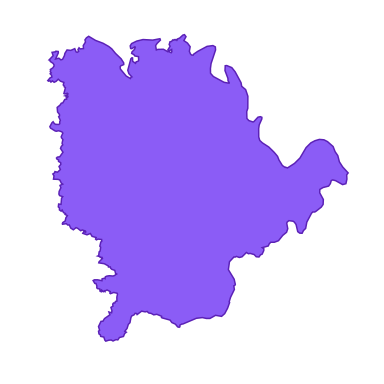 the district of Kishoreganj, Dhaka, Bangladesh, rotated 275°
{"feature_id": "16705992B82604838368079", "entity_name": "Kishoreganj", "entity_type": "district", "adm_level": 2, "iso_a3": "BGD", "parent_name": "Bangladesh", "parent_adm1": "Dhaka", "projection": "mercator", "projection_center": [90.932, 24.337], "detail": "fine", "context": "isolated", "style": "filled", "palette": "violet", "viewbox_px": 384, "rotation_deg": 275, "n_neighbors": 0, "source": "geoboundaries", "source_scale": "gbopen_adm2", "svg_char_len": 5904}
<svg xmlns="http://www.w3.org/2000/svg" viewBox="0 0 384 384"><g transform="rotate(275 192 192)"><path d="M305.2,231.3L315.5,224.5L319.4,220.8L321.0,215.6L320.7,214.1L315.8,214.3L308.3,217.9L305.9,218.2L304.3,219.5L303.6,219.4L304.1,214.3L308.9,203.2L311.9,200.1L316.6,199.6L321.6,199.8L335.6,203.1L338.6,202.6L339.7,200.1L338.4,194.3L332.5,185.3L329.4,181.6L328.4,181.2L328.4,179.7L329.3,178.5L331.9,177.1L336.6,177.5L340.0,174.5L342.1,170.7L346.2,172.5L348.1,170.8L347.5,169.2L344.2,166.2L343.4,164.5L341.8,163.7L342.6,162.8L342.0,162.1L342.3,161.0L341.6,160.5L341.8,159.5L340.2,158.5L339.8,157.0L336.9,156.4L335.3,157.5L331.5,155.6L330.6,156.8L332.2,159.3L329.9,159.7L328.9,159.1L329.9,156.6L329.6,155.8L331.7,151.1L331.1,145.6L330.4,144.1L334.6,143.0L336.9,144.2L340.6,147.3L341.9,146.7L339.9,139.6L339.6,129.9L337.5,123.7L334.6,118.9L332.2,117.7L329.6,118.4L329.5,119.5L331.7,122.4L331.3,122.9L329.1,122.3L326.3,120.0L324.8,119.8L323.8,122.1L322.5,123.2L322.2,126.9L318.3,127.4L317.7,127.0L316.8,125.0L315.3,124.5L317.0,121.5L320.4,121.1L320.5,120.5L319.4,119.5L307.7,117.4L304.4,118.8L301.5,122.0L301.3,121.4L299.7,120.7L301.8,116.3L308.3,109.9L310.6,109.5L311.5,110.1L313.0,112.9L314.7,112.7L318.5,109.8L323.5,103.6L327.6,99.6L329.7,96.4L332.4,90.5L334.6,82.7L338.1,75.5L336.4,73.4L334.2,72.1L332.1,72.8L328.4,70.9L325.4,71.4L324.8,68.1L325.8,66.9L324.0,66.0L322.1,66.8L321.1,65.4L321.5,64.3L324.6,62.7L322.5,58.9L322.6,55.1L319.0,53.3L316.7,53.0L312.9,51.5L312.2,49.9L313.7,47.7L312.6,44.5L318.9,46.7L320.3,46.5L320.4,44.1L319.8,43.8L318.9,40.4L315.7,41.8L311.1,38.1L310.9,39.0L309.7,39.4L308.1,42.3L306.8,43.4L305.5,43.6L303.5,42.5L301.7,40.2L300.9,40.6L299.5,40.3L298.4,41.4L297.4,40.4L296.1,41.9L294.3,42.4L293.4,40.7L290.4,38.6L289.9,39.4L290.4,40.8L289.2,41.9L290.5,43.2L289.3,45.1L290.4,47.0L292.7,48.9L290.9,51.4L290.0,54.8L287.4,54.4L286.4,55.6L285.7,55.5L284.9,56.8L278.9,55.8L278.6,56.7L279.5,59.2L278.9,59.9L277.9,59.3L276.8,57.3L276.5,60.1L275.4,59.8L275.6,58.4L273.6,59.0L273.1,57.2L269.5,55.5L269.1,54.1L267.0,52.9L264.5,50.3L260.0,51.1L257.7,53.2L256.3,53.4L255.4,52.6L251.9,54.6L250.6,54.1L248.5,54.3L247.7,53.5L247.5,50.1L248.3,48.8L249.9,47.5L248.7,46.4L244.7,44.7L243.3,45.5L240.9,50.3L240.7,51.5L241.4,53.9L240.6,57.1L239.4,58.2L235.7,56.9L234.7,57.2L233.0,58.8L229.2,58.3L227.7,59.1L226.0,57.8L223.9,57.2L220.4,60.0L215.6,57.2L215.0,54.8L214.0,54.0L212.9,54.7L212.3,56.3L210.8,56.4L209.8,58.6L208.1,58.9L205.8,57.3L202.9,58.9L200.0,56.3L200.4,53.7L199.1,53.4L197.8,51.8L196.1,53.1L192.7,52.9L192.9,57.4L192.5,59.2L189.4,61.1L188.6,62.5L187.1,59.9L184.8,61.0L181.0,59.6L178.3,59.6L176.9,60.4L176.1,63.6L174.4,62.6L168.3,62.6L168.4,60.2L165.5,60.1L164.6,61.3L162.6,61.5L161.5,63.3L162.7,64.2L160.3,65.8L159.5,67.8L158.6,67.5L157.6,69.9L155.3,68.6L152.1,68.2L150.3,65.9L149.0,65.6L148.6,65.8L149.5,69.6L148.3,71.0L148.4,72.7L145.5,74.3L144.0,77.1L146.4,79.6L145.8,81.4L143.7,84.5L144.6,86.0L143.9,89.1L142.4,90.0L142.9,89.2L142.8,87.5L141.3,86.8L140.2,91.1L141.8,94.4L139.1,96.3L138.3,100.5L136.7,100.0L136.0,100.9L136.9,102.6L136.8,106.1L135.1,106.4L134.2,105.5L130.0,104.9L129.1,105.8L126.3,105.7L124.9,105.4L124.3,104.7L120.5,104.6L120.0,103.7L119.6,105.8L119.0,106.1L119.0,107.5L118.4,107.6L118.8,108.2L118.0,108.6L114.4,105.5L113.3,105.3L112.9,110.9L111.1,115.0L110.0,115.3L110.2,117.2L108.9,117.6L108.0,118.8L107.2,121.9L104.1,123.0L103.7,124.7L103.3,123.2L102.2,122.4L101.4,120.7L101.4,117.0L100.8,114.5L100.0,113.1L98.3,112.9L98.6,112.6L97.7,110.0L95.8,110.0L96.3,105.7L96.0,102.4L95.2,101.2L92.5,103.1L92.5,104.3L90.2,105.4L88.2,105.5L87.5,106.4L87.4,108.5L85.5,109.0L86.2,109.9L85.4,109.9L86.0,110.6L85.0,110.9L85.7,111.5L85.0,112.4L85.9,113.3L85.2,114.0L86.0,114.2L87.0,115.9L85.7,119.2L84.1,119.0L83.6,119.6L85.1,122.8L84.6,126.3L83.7,126.7L80.7,126.3L76.8,126.7L76.3,125.3L74.7,124.8L74.6,123.5L73.4,122.8L71.4,123.2L70.0,121.3L66.7,122.6L64.7,122.4L65.2,119.7L62.5,120.9L58.3,115.9L55.5,114.5L55.2,112.6L49.8,110.6L46.2,112.0L45.2,111.0L42.5,111.7L41.8,113.1L40.2,113.6L39.8,116.8L36.8,118.1L35.9,119.1L37.1,122.0L37.5,124.4L36.7,126.3L38.3,129.1L38.2,131.0L40.7,132.4L42.1,136.3L45.2,137.3L46.6,138.8L47.4,137.2L50.4,139.2L54.6,140.1L56.4,141.6L61.6,142.1L63.3,142.8L64.6,145.0L66.2,145.9L66.1,147.4L65.1,148.0L68.9,152.2L68.5,155.8L69.1,157.7L67.7,159.4L67.5,161.9L66.3,164.6L67.1,167.6L65.8,171.8L65.5,172.6L64.4,172.5L64.0,173.1L62.5,181.3L60.2,183.3L58.9,187.0L56.4,189.4L56.1,191.0L56.7,191.7L58.3,191.5L59.5,193.2L59.7,194.4L66.6,207.4L67.8,213.3L67.3,217.2L67.6,220.9L71.2,226.2L70.7,232.3L73.7,235.2L79.4,237.6L85.2,239.1L85.8,238.6L90.5,239.6L98.6,242.7L102.1,241.8L102.7,242.8L103.8,243.2L108.8,241.6L117.8,235.0L125.8,235.4L130.0,238.7L131.0,239.5L130.9,240.6L131.7,241.9L130.9,244.8L131.8,247.5L136.5,251.5L135.4,253.6L135.9,255.3L135.1,259.4L133.1,261.6L133.1,264.4L135.4,265.7L136.2,267.3L139.9,268.6L141.8,268.5L142.7,266.9L144.9,272.7L147.0,273.4L148.8,274.8L149.1,278.4L151.0,282.4L156.7,286.2L160.1,289.7L163.8,290.6L169.1,289.1L170.3,289.4L171.9,291.0L171.7,295.3L170.9,296.6L168.7,298.5L161.7,300.8L160.4,302.9L160.5,305.3L163.3,306.4L165.6,308.4L172.0,309.0L181.2,312.9L182.6,314.0L182.8,316.1L183.6,317.2L188.2,322.1L191.0,323.7L196.0,323.5L202.3,319.3L205.7,319.1L207.9,322.2L209.8,327.6L212.4,329.1L215.5,329.7L216.3,331.1L215.8,334.1L212.5,341.4L213.7,344.6L218.3,345.2L222.6,344.6L224.6,345.9L230.1,339.9L234.9,336.2L240.9,334.1L244.7,331.0L249.6,328.6L254.0,322.6L255.5,318.9L255.5,314.3L253.8,310.0L251.3,306.1L246.2,301.8L235.3,296.6L229.4,291.6L224.3,285.0L224.9,282.9L224.6,282.6L226.3,279.7L231.4,275.9L235.0,274.1L238.6,270.5L243.5,264.6L247.1,257.8L249.3,255.0L252.6,253.7L260.9,252.9L264.7,253.1L270.9,255.2L272.5,255.1L273.0,253.6L272.3,251.2L267.4,247.4L267.1,246.6L268.1,242.4L270.0,240.3L276.9,239.5L280.2,240.3L292.3,239.3L298.7,236.5L301.6,232.3L305.2,231.3Z" fill="#8b5cf6" stroke="#5b21b6" stroke-width="1.5"/></g></svg>